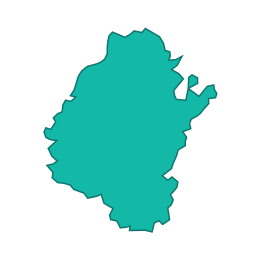 São José das Missões, Rio Grande do Sul, Brazil (Natural Earth projection), rotated 279°
{"feature_id": "56859067B20721155382431", "entity_name": "São José das Missões", "entity_type": "district", "adm_level": 2, "iso_a3": "BRA", "parent_name": "Brazil", "parent_adm1": "Rio Grande do Sul", "projection": "natural_earth1", "projection_center": [-53.127, -27.796], "detail": "fine", "context": "isolated", "style": "filled", "palette": "teal", "viewbox_px": 256, "rotation_deg": 279, "n_neighbors": 0, "source": "geoboundaries", "source_scale": "gbopen_adm2", "svg_char_len": 1561}
<svg xmlns="http://www.w3.org/2000/svg" viewBox="0 0 256 256"><g transform="rotate(279 128 128)"><path d="M150.9,66.1L150.4,71.5L145.3,67.4L145.7,61.9L140.5,60.1L133.7,60.4L131.1,56.3L126.3,52.7L122.7,55.6L114.5,52.0L115.3,46.9L110.8,45.7L105.8,48.5L104.3,53.8L104.5,59.6L95.4,52.4L88.2,57.3L84.3,63.3L80.7,59.6L78.4,53.8L72.3,60.9L67.0,60.9L63.1,67.1L63.4,73.5L62.6,79.9L58.9,84.0L56.8,94.6L52.4,99.2L55.5,107.3L58.3,111.9L50.0,116.0L48.0,120.9L46.3,125.8L39.3,123.5L34.8,125.2L34.4,131.6L28.2,136.0L29.5,140.9L31.4,145.5L27.0,145.5L29.7,160.8L29.1,168.0L38.4,168.8L41.2,173.2L38.2,177.3L43.9,183.4L55.1,179.8L58.9,182.7L64.1,183.9L68.9,180.3L72.5,182.9L77.0,185.5L82.5,185.7L86.5,179.1L82.7,175.5L86.2,169.3L94.7,177.3L99.6,178.0L108.1,180.3L114.1,180.9L119.5,187.3L123.7,186.7L128.0,187.3L132.9,182.6L137.2,190.1L142.0,188.1L146.6,189.0L150.7,194.5L154.0,197.3L158.9,200.1L164.8,203.9L169.7,202.9L171.6,209.7L175.9,210.3L179.6,207.2L183.9,205.9L181.5,199.8L170.3,193.2L176.5,181.3L164.4,180.8L163.8,171.3L167.2,169.0L172.1,167.3L185.2,175.0L189.6,169.6L192.5,161.9L197.5,166.7L207.2,170.1L202.8,164.2L201.4,157.7L205.7,158.5L209.8,157.3L210.4,152.5L217.4,149.7L223.1,144.8L229.0,129.6L224.5,126.8L224.8,118.8L220.5,115.2L217.0,110.6L218.4,105.5L220.3,97.7L216.3,95.0L210.6,94.5L203.6,95.0L198.3,95.9L192.6,94.3L189.1,91.2L186.7,87.6L184.8,83.5L182.4,78.2L177.3,73.5L171.8,71.0L167.0,70.2L162.3,69.7L156.6,68.7L150.9,66.1ZM176.5,181.3L183.0,189.8L188.4,188.8L190.5,182.9L187.3,180.1L176.5,181.3Z" fill="#14b8a6" stroke="#0f766e" stroke-width="1.5"/></g></svg>